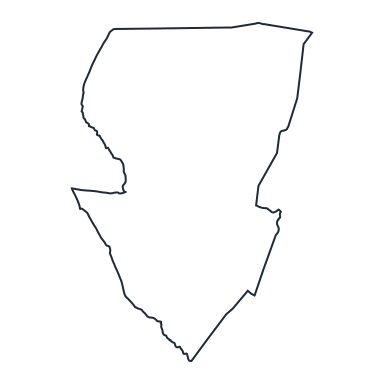 Mabalane, Gaza, Mozambique
{"feature_id": "85939544B83676990250137", "entity_name": "Mabalane", "entity_type": "district", "adm_level": 2, "iso_a3": "MOZ", "parent_name": "Mozambique", "parent_adm1": "Gaza", "projection": "robinson", "projection_center": [32.524, -23.58], "detail": "fine", "context": "isolated", "style": "outline", "palette": "slate", "viewbox_px": 384, "rotation_deg": 0, "n_neighbors": 0, "source": "geoboundaries", "source_scale": "gbopen_adm2", "svg_char_len": 5788}
<svg xmlns="http://www.w3.org/2000/svg" viewBox="0 0 384 384"><path d="M71.9,188.4L72.0,189.0L72.2,189.3L73.0,191.2L75.2,195.3L76.1,197.4L77.5,200.3L77.9,201.2L78.1,202.0L78.3,202.2L78.3,202.4L78.7,203.5L78.9,204.0L79.4,205.5L79.6,206.5L80.0,208.8L80.6,208.9L81.1,208.6L81.8,208.7L83.0,209.4L84.2,210.3L86.5,212.2L87.2,212.9L88.0,214.1L88.3,215.0L89.2,216.8L90.4,218.8L92.8,223.2L94.5,225.9L95.2,226.9L96.3,228.7L97.1,230.3L98.2,232.6L99.7,235.1L100.9,237.5L102.4,239.5L102.8,240.0L103.0,240.2L103.1,240.4L103.3,240.5L103.7,241.1L104.3,242.0L104.5,242.1L105.7,244.3L106.1,244.9L106.6,245.3L106.7,245.5L107.4,245.8L108.7,246.2L109.5,246.8L109.7,247.7L110.2,249.4L110.3,250.2L110.2,251.5L110.0,252.2L110.0,253.2L110.1,253.9L111.5,257.2L112.2,259.5L112.9,261.2L113.7,263.1L114.1,263.8L115.2,266.8L115.8,267.9L118.8,274.7L119.6,276.9L121.5,281.5L122.3,284.8L122.7,286.5L123.0,287.7L123.9,292.0L124.1,292.5L124.5,294.2L125.1,295.5L125.3,295.8L126.1,296.9L126.5,297.3L126.6,297.6L126.8,297.7L126.9,297.9L128.0,298.7L129.1,300.0L129.9,300.7L130.0,300.9L130.2,301.0L130.5,301.5L131.7,302.7L132.6,303.8L133.6,304.9L134.5,306.3L135.0,306.7L135.0,307.0L135.3,307.3L136.4,307.5L136.6,307.8L137.4,308.3L139.0,308.8L139.6,308.9L141.3,309.6L141.6,309.8L142.0,310.1L142.5,311.0L143.0,311.6L144.7,313.1L145.2,313.7L145.8,314.5L146.0,314.6L146.1,314.8L146.3,315.0L146.8,315.8L147.7,316.6L148.4,317.0L149.1,317.3L149.7,317.5L151.7,317.6L153.5,318.0L154.8,318.7L155.3,319.1L157.0,320.8L157.8,321.2L158.3,321.4L160.3,321.5L160.9,321.7L161.1,321.9L161.1,322.2L160.8,322.8L160.8,323.2L161.0,323.5L161.4,324.4L161.4,324.6L161.5,324.7L161.2,325.9L161.3,327.2L161.6,328.0L162.0,329.1L162.5,330.5L162.6,331.8L162.8,332.4L163.0,333.1L163.2,333.9L163.4,334.0L163.7,334.6L164.3,335.0L164.9,335.3L166.0,335.6L166.3,335.9L166.3,336.0L166.5,336.3L167.0,337.6L167.9,338.5L168.6,338.9L169.7,340.2L169.9,340.2L170.4,340.1L170.6,340.2L170.7,340.4L171.1,341.1L172.3,342.1L172.8,342.4L173.4,342.5L174.0,342.7L174.2,342.8L174.8,343.7L175.3,345.6L176.0,346.8L176.7,347.1L177.4,347.3L178.4,347.2L179.2,346.8L179.7,346.8L179.9,346.8L180.3,347.4L180.6,348.4L180.9,348.8L181.5,349.3L181.5,349.5L182.2,350.3L182.6,351.1L182.9,351.7L183.1,352.5L183.5,353.7L184.3,353.9L186.4,353.6L186.9,353.8L187.0,354.1L187.2,355.0L187.9,357.3L188.1,358.5L188.6,359.6L188.9,360.2L189.0,360.4L189.6,360.8L189.9,360.9L191.4,361.0L207.8,338.8L226.4,314.1L232.6,308.8L247.8,290.8L248.3,291.3L248.9,291.7L249.2,292.0L249.7,292.4L250.6,293.1L250.7,293.3L251.8,294.1L253.6,294.9L254.5,295.5L254.7,295.2L263.3,269.8L275.8,235.1L276.4,234.4L277.1,233.7L278.0,232.3L278.4,231.2L278.6,230.6L278.7,230.0L278.7,228.2L278.4,227.2L277.6,225.6L277.2,224.6L277.0,223.5L277.0,222.1L277.2,221.4L278.1,219.7L278.3,219.4L278.5,219.4L278.5,219.2L279.0,218.6L279.3,218.3L279.4,218.2L279.5,218.0L279.7,217.9L279.7,217.7L279.9,217.6L280.1,216.9L280.1,216.0L279.9,215.0L279.9,213.8L280.0,213.2L280.9,211.8L280.9,211.7L278.7,209.6L278.3,209.7L277.9,209.9L276.7,211.1L276.4,211.3L274.7,212.1L273.9,212.3L273.3,212.5L272.7,212.4L271.8,212.1L270.9,211.4L270.8,211.2L269.4,210.2L268.4,209.4L267.9,208.9L267.7,208.9L267.3,208.5L267.1,208.5L266.4,208.2L263.7,208.1L262.0,207.8L258.7,206.7L256.8,205.6L256.1,205.4L258.5,185.8L277.0,153.0L279.2,136.0L279.5,134.4L280.0,132.9L280.6,131.8L281.0,131.4L281.8,130.9L282.4,130.8L282.9,130.8L283.9,130.6L286.1,129.8L286.4,129.6L286.9,129.1L287.7,127.4L288.2,126.8L297.2,98.4L300.2,74.1L303.6,44.2L312.1,32.7L310.8,32.1L309.8,31.6L309.3,31.5L307.7,31.3L264.1,24.1L262.9,24.1L260.3,23.3L259.1,23.0L257.4,23.1L255.6,23.5L255.0,23.7L231.1,27.6L230.5,27.6L229.8,27.5L157.0,28.5L114.2,29.0L113.9,29.1L113.1,29.5L110.2,31.7L109.8,32.4L109.6,32.5L109.2,33.4L109.0,33.6L108.7,34.5L106.7,38.5L105.3,40.6L105.1,40.9L104.6,41.6L103.0,44.2L101.7,46.8L101.2,47.6L100.7,48.4L100.6,48.5L99.9,49.8L96.8,55.3L95.3,58.4L94.8,59.6L93.8,61.5L91.6,66.2L89.3,72.2L88.3,74.3L87.0,77.4L86.1,79.2L84.8,82.2L84.2,83.9L84.1,84.4L83.5,86.6L83.5,86.9L83.4,87.4L83.2,89.1L83.2,90.9L83.4,91.7L83.5,91.9L83.7,92.8L83.4,93.4L83.0,95.1L82.7,97.9L82.3,99.8L81.7,102.1L81.5,103.3L81.6,104.5L82.0,105.2L82.1,105.3L82.6,105.8L82.8,106.2L82.7,106.8L82.5,107.6L82.1,109.8L81.6,111.5L82.4,112.2L82.8,112.8L82.9,113.8L82.9,114.7L83.4,115.9L83.4,117.1L83.6,117.7L83.9,118.4L85.0,119.3L85.5,120.6L85.6,120.9L85.9,121.8L86.6,122.5L87.5,123.0L88.7,123.9L88.9,124.5L88.9,125.3L88.9,125.9L88.9,126.1L89.8,126.5L90.2,126.4L91.2,127.1L91.5,127.1L92.2,127.5L93.1,127.7L93.8,128.0L94.0,128.4L94.4,129.5L95.0,130.3L95.5,130.5L96.7,131.0L97.1,131.6L97.2,132.8L97.0,134.2L97.0,134.6L97.2,135.0L97.7,135.2L98.4,135.5L99.3,135.5L99.8,135.9L100.2,137.0L100.8,138.0L101.5,139.2L102.7,140.6L103.1,141.3L103.5,142.4L104.2,143.4L104.7,144.1L105.4,145.9L105.7,147.3L105.9,147.9L106.1,148.0L106.5,148.1L106.8,147.9L107.0,147.9L107.8,147.8L108.1,147.9L109.1,149.8L109.7,150.8L109.9,150.9L110.7,152.3L110.9,152.9L111.6,153.8L111.7,154.0L112.5,155.0L112.9,156.1L113.1,156.7L113.5,157.6L113.9,157.6L115.7,158.3L120.0,159.4L120.7,160.0L121.8,161.8L122.5,162.9L122.6,163.2L122.8,163.4L123.0,164.1L123.4,165.2L123.5,166.0L123.8,169.1L123.8,171.9L124.1,172.8L124.8,173.9L125.1,174.6L125.4,175.4L125.5,176.8L125.9,177.4L125.6,177.2L125.7,179.1L125.7,180.7L125.7,181.5L125.2,182.8L124.9,183.2L124.4,183.9L123.5,184.9L123.4,185.1L123.2,185.2L122.9,185.8L122.7,186.2L122.7,186.9L123.2,189.4L123.8,190.9L124.3,191.4L124.7,191.7L125.3,192.0L124.9,192.2L124.5,192.3L124.2,192.5L122.7,193.1L121.0,193.4L119.5,193.4L119.2,193.4L117.8,192.5L117.2,192.4L115.0,192.6L113.8,192.8L112.7,193.2L110.9,193.3L110.5,193.4L109.8,193.4L106.2,192.7L102.4,192.4L97.4,191.5L94.3,191.1L90.0,190.7L87.9,190.6L87.2,190.5L86.3,190.5L81.0,190.0L78.6,189.5L76.8,189.3L73.1,188.5L71.9,188.4Z" fill="none" stroke="#1e293b" stroke-width="2"/></svg>